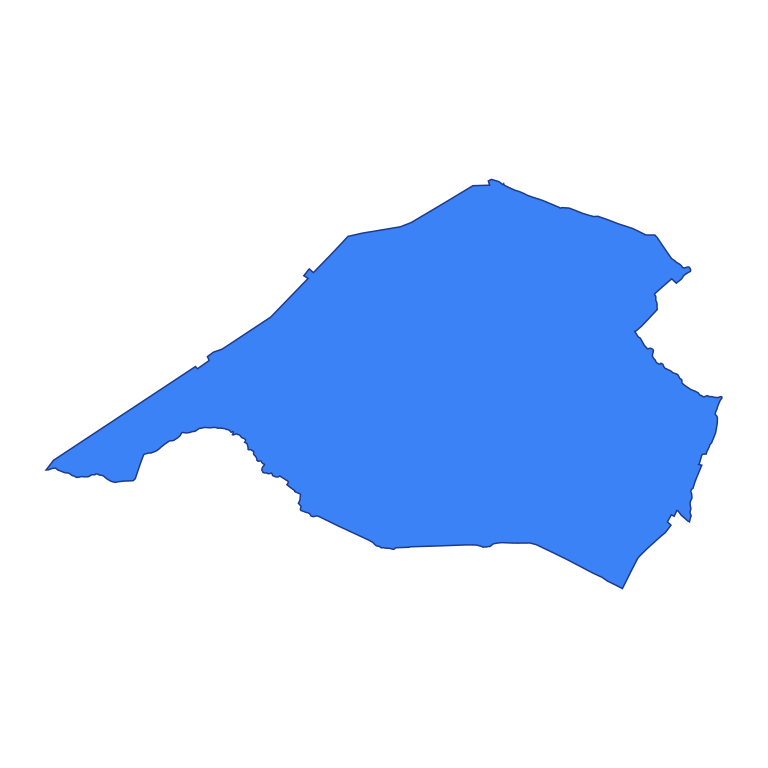 outline of Poieni-Solca, Suceava, Romania
{"feature_id": "2599482B63167741030022", "entity_name": "Poieni-Solca", "entity_type": "district", "adm_level": 2, "iso_a3": "ROU", "parent_name": "Romania", "parent_adm1": "Suceava", "projection": "albers", "projection_center": [25.88, 47.689], "detail": "fine", "context": "isolated", "style": "filled", "palette": "blue", "viewbox_px": 768, "rotation_deg": 0, "n_neighbors": 0, "source": "geoboundaries", "source_scale": "gbopen_adm2", "svg_char_len": 6092}
<svg xmlns="http://www.w3.org/2000/svg" viewBox="0 0 768 768"><path d="M654.8,235.0L645.9,235.0L639.5,231.8L632.7,228.5L618.0,223.7L607.4,219.6L597.9,216.3L596.0,216.4L593.6,216.6L592.1,216.1L588.9,215.3L582.5,213.3L569.3,208.1L562.2,207.6L560.2,208.1L559.0,207.3L555.5,205.9L552.0,204.3L548.0,202.7L542.6,200.4L532.1,197.0L527.1,195.2L524.1,193.6L519.5,191.6L515.1,190.3L508.7,187.4L505.0,185.6L503.7,184.4L503.6,183.8L502.8,184.6L498.9,181.6L491.4,179.4L488.3,180.9L489.6,185.2L472.9,185.7L444.5,202.8L411.1,222.6L400.3,226.8L362.0,233.2L348.0,236.4L330.8,254.7L313.4,272.6L309.2,268.9L303.8,275.7L308.1,278.4L270.8,317.0L222.4,349.0L213.4,352.2L207.4,356.6L209.2,360.5L197.4,368.8L195.5,366.5L53.5,460.3L46.1,470.0L48.5,469.8L52.4,468.4L54.7,468.1L55.6,468.2L56.9,469.1L57.5,469.9L60.5,471.0L64.7,472.7L68.6,473.1L69.8,473.7L71.4,475.0L72.3,475.6L74.1,476.0L75.6,476.9L76.5,477.4L78.9,477.2L81.2,476.6L85.0,476.8L88.0,476.8L89.2,476.3L91.0,475.1L92.2,474.8L95.1,474.7L96.0,473.9L97.0,473.9L99.3,475.0L101.5,475.2L103.5,476.0L106.5,478.6L109.9,480.7L112.3,481.7L115.6,482.4L117.4,481.9L120.3,481.5L124.0,481.1L133.2,480.7L135.3,478.7L135.7,477.4L140.4,463.5L143.6,454.9L144.4,454.2L148.7,453.0L151.0,453.0L154.7,451.6L157.2,450.4L159.6,448.5L161.5,446.7L163.2,445.5L164.4,444.4L167.2,442.5L169.5,440.9L170.7,440.8L172.5,440.7L173.9,440.3L177.1,438.2L178.7,437.0L180.2,435.6L180.9,434.2L181.4,433.2L182.1,432.6L182.8,432.4L183.9,432.7L185.8,432.9L187.4,432.9L190.5,432.3L191.8,431.7L192.2,431.6L193.9,431.5L195.2,431.2L196.9,430.1L199.1,428.5L200.5,428.3L201.7,428.2L202.9,427.7L204.8,427.5L207.1,427.6L209.6,427.8L211.4,427.7L213.9,427.4L215.6,427.5L216.3,427.6L217.5,428.2L219.9,428.1L222.5,428.3L224.0,428.6L225.0,428.6L226.2,429.4L228.1,429.7L228.8,429.9L229.6,430.7L230.3,431.2L230.7,431.9L231.2,432.2L231.7,432.2L232.3,431.7L232.7,431.6L233.3,431.8L233.5,432.4L232.9,433.7L232.4,434.4L232.5,434.8L233.1,434.9L233.8,434.7L236.4,433.8L237.3,434.3L238.0,434.6L239.0,434.8L239.7,435.1L240.8,436.5L241.6,437.5L242.6,438.0L244.0,438.5L244.4,438.8L245.3,439.3L245.5,439.8L245.6,440.6L245.3,441.4L244.7,442.2L244.6,442.4L245.0,442.6L245.8,443.0L246.2,443.1L247.0,443.6L247.5,445.3L247.9,446.8L248.1,447.5L248.1,448.6L248.0,449.2L248.5,449.7L249.6,449.7L250.6,449.6L251.6,450.1L252.1,450.7L253.5,451.3L253.7,451.7L253.7,452.8L253.5,453.7L253.6,454.1L254.0,454.8L255.0,455.7L256.4,457.7L256.7,458.4L256.9,459.3L256.8,460.1L257.8,461.1L258.7,461.3L259.8,460.8L260.4,460.8L261.1,461.2L262.0,462.7L262.6,463.4L263.5,463.9L264.5,464.4L264.5,464.9L263.6,465.9L262.9,466.6L262.0,468.5L261.9,469.8L262.0,470.5L262.6,471.5L262.9,472.3L263.4,472.6L264.0,472.9L265.0,473.0L265.6,473.0L266.3,472.9L267.2,473.3L267.6,473.5L268.6,473.7L269.4,473.7L270.5,473.3L270.8,473.2L271.5,473.1L272.0,473.6L272.4,475.0L272.6,475.5L274.0,476.2L275.4,476.8L277.0,477.0L278.3,476.9L279.1,476.4L279.5,476.0L280.2,476.1L280.7,476.6L282.7,477.9L284.4,478.9L286.1,480.1L287.1,480.5L288.2,481.6L288.3,482.4L287.4,484.1L287.1,484.5L286.9,484.7L289.6,486.9L294.1,490.2L294.9,490.7L294.7,491.5L295.7,492.1L296.7,492.5L297.3,492.7L299.4,493.6L300.5,494.3L300.1,497.9L300.0,499.9L298.4,503.3L301.1,506.3L300.3,509.3L300.9,510.5L303.1,511.2L306.0,512.4L308.1,512.8L309.6,513.7L311.1,516.0L313.1,516.7L314.4,516.4L317.0,515.8L320.6,517.3L338.1,525.9L369.3,540.4L372.9,542.5L374.9,544.6L376.4,545.8L379.4,546.5L381.3,547.8L383.2,547.7L386.3,548.2L390.1,548.4L392.2,549.1L393.8,549.3L394.6,548.8L395.1,548.2L395.5,547.9L396.8,547.7L402.2,547.5L408.8,547.3L409.5,547.1L410.0,546.8L430.3,546.2L466.6,544.9L476.4,545.0L481.1,546.3L482.9,547.1L483.6,547.2L484.2,546.9L486.5,547.0L488.2,546.5L489.4,546.6L490.2,546.4L492.4,544.5L493.2,544.0L493.9,543.7L497.1,543.1L501.7,542.6L511.1,543.0L517.0,543.1L530.1,543.0L536.4,544.7L545.4,549.0L566.6,559.3L593.3,573.3L602.2,577.4L607.2,580.9L619.8,587.2L622.4,588.6L631.3,570.8L637.7,558.4L639.3,556.4L647.4,548.4L660.4,536.7L665.4,532.5L671.0,525.2L669.3,523.5L667.4,522.0L671.3,514.8L674.2,516.3L676.9,510.4L678.4,511.4L681.2,515.2L684.0,517.6L687.8,521.0L689.5,521.9L690.5,517.4L691.2,516.0L690.3,513.5L690.0,512.1L690.4,510.6L690.8,509.2L690.7,507.3L690.2,505.2L690.1,502.7L690.7,500.6L691.3,499.4L692.0,497.9L691.9,496.2L691.6,493.7L691.3,492.9L690.9,491.5L690.8,491.0L691.4,489.5L693.0,488.2L694.9,482.1L696.8,477.2L701.8,465.2L698.7,464.4L699.3,463.7L701.0,457.9L701.9,454.9L702.8,454.2L704.1,454.2L705.6,454.0L706.1,454.1L707.3,450.5L708.0,449.5L709.5,446.1L709.9,444.7L711.6,442.8L713.8,437.4L715.6,432.8L716.6,427.2L717.3,423.0L717.4,417.7L717.0,416.3L715.5,414.8L715.3,413.7L715.6,412.0L716.5,410.1L717.0,408.8L717.9,405.7L720.3,400.2L721.9,398.2L721.8,396.9L721.1,396.6L720.1,396.8L717.7,397.6L714.2,397.3L713.6,397.1L712.3,396.7L710.8,396.6L708.9,396.5L707.7,395.7L707.1,395.7L705.3,396.3L704.6,396.8L703.6,396.9L702.8,396.5L701.4,395.5L700.0,395.2L699.1,394.1L698.3,392.9L695.2,391.2L690.8,389.5L685.1,385.7L682.9,383.9L682.1,383.0L681.9,382.6L681.9,381.8L681.8,379.8L681.1,379.2L680.2,378.7L679.7,378.2L679.0,376.8L678.1,375.1L676.7,374.0L674.7,373.4L672.7,372.6L671.2,371.3L670.1,370.5L668.7,370.0L667.2,369.2L666.3,368.8L665.1,368.3L664.4,367.5L663.6,366.2L663.1,365.0L662.9,364.3L661.8,363.7L661.2,363.3L660.5,363.4L659.9,364.2L659.0,364.2L658.1,363.6L656.6,362.6L655.8,361.6L655.3,360.1L654.2,359.0L653.4,357.9L652.5,356.3L652.4,355.0L652.6,354.4L653.0,352.7L653.4,350.4L653.1,349.7L652.4,349.1L650.6,348.2L650.2,348.2L649.4,348.4L648.0,348.8L647.2,348.6L646.9,348.2L645.6,346.7L644.5,345.6L640.3,338.2L639.7,337.7L638.6,337.2L637.8,336.2L634.8,331.4L636.5,330.6L641.5,326.2L645.4,322.2L657.3,309.5L657.1,308.4L657.0,306.7L657.1,305.4L657.0,304.4L656.8,302.4L655.9,300.6L655.8,300.2L655.8,296.6L655.7,296.1L654.6,294.5L654.6,294.1L654.8,293.7L662.4,286.9L671.7,278.8L676.3,283.2L681.5,279.0L684.0,275.3L687.4,273.0L690.4,271.4L690.7,269.8L690.0,268.2L688.9,267.0L687.1,267.1L684.8,267.9L682.8,267.7L681.2,265.5L679.2,263.9L677.3,262.8L675.8,261.8L674.5,260.5L672.6,259.4L671.3,258.2L662.4,245.3L657.3,237.7L654.8,235.0Z" fill="#3b82f6" stroke="#1e3a8a" stroke-width="1.5"/></svg>